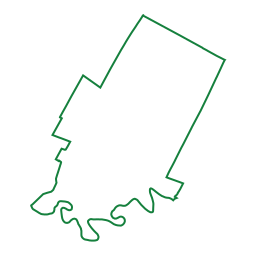 Ion Roata, Ialomita, Romania
{"feature_id": "2599482B97439944299156", "entity_name": "Ion Roata", "entity_type": "district", "adm_level": 2, "iso_a3": "ROU", "parent_name": "Romania", "parent_adm1": "Ialomita", "projection": "orthographic", "projection_center": [26.762, 44.681], "detail": "fine", "context": "isolated", "style": "outline", "palette": "green", "viewbox_px": 256, "rotation_deg": 0, "n_neighbors": 0, "source": "geoboundaries", "source_scale": "gbopen_adm2", "svg_char_len": 5355}
<svg xmlns="http://www.w3.org/2000/svg" viewBox="0 0 256 256"><path d="M173.2,200.3L173.6,199.8L175.0,198.6L176.6,198.0L174.8,196.8L175.5,195.7L176.0,195.5L176.8,194.8L177.8,193.3L177.8,192.8L178.3,192.1L178.6,191.8L179.3,190.6L180.3,188.9L183.1,183.4L182.1,183.0L178.9,181.8L176.9,181.1L175.0,180.4L171.9,179.3L168.3,178.0L166.5,177.3L168.7,172.5L170.3,169.4L171.5,167.2L173.3,163.8L175.1,160.3L175.1,160.2L181.3,147.8L183.3,144.1L191.6,127.8L191.6,127.7L200.2,111.5L200.3,111.4L208.4,94.7L216.4,77.6L216.5,77.5L220.6,68.7L223.2,63.0L224.7,60.0L224.8,59.9L222.9,59.0L221.0,58.0L220.2,57.6L216.8,55.9L212.3,53.4L210.8,52.6L209.6,51.9L208.1,51.1L206.8,50.3L205.3,49.5L202.8,48.2L202.5,47.8L190.4,41.2L179.3,35.1L179.1,35.0L161.3,25.4L143.1,15.6L143.1,15.4L142.8,15.5L142.3,16.5L140.0,20.1L137.5,23.7L135.8,26.4L134.2,28.8L132.7,31.0L131.5,32.8L128.1,38.2L125.9,41.8L125.1,43.2L123.4,46.1L121.1,49.9L112.8,64.6L110.0,69.6L107.8,73.7L104.0,80.7L100.9,86.5L100.3,87.6L83.1,75.4L71.3,96.4L66.0,106.2L62.9,111.7L59.9,117.2L59.9,117.3L61.8,118.3L52.6,134.8L52.5,135.0L59.3,137.6L60.8,138.1L62.1,138.6L66.1,140.1L70.2,141.7L68.2,145.4L67.0,147.5L66.0,149.1L65.8,149.5L65.0,149.8L61.6,148.7L61.1,149.6L55.8,159.3L58.8,161.1L59.1,160.6L60.0,161.2L61.0,162.0L61.1,162.4L60.9,163.1L60.7,163.8L60.6,164.2L60.3,164.9L60.0,166.0L57.9,172.6L57.0,175.3L56.1,178.3L56.0,178.8L56.1,180.2L56.4,182.3L56.5,182.7L56.4,183.0L56.0,183.9L55.6,184.8L53.6,189.0L53.5,189.5L53.1,190.0L51.9,191.1L51.6,191.4L51.2,191.7L47.2,192.8L43.8,193.9L43.2,194.1L32.7,204.2L31.2,205.4L31.3,206.0L32.4,208.4L33.1,209.2L37.4,211.8L39.1,212.9L41.2,214.0L42.2,214.2L43.2,214.3L44.1,214.4L44.9,214.5L45.6,214.4L46.1,214.5L46.7,214.4L47.3,214.4L47.9,214.3L49.2,213.9L49.8,213.7L50.3,213.6L50.8,213.6L51.3,213.5L52.1,213.3L52.5,213.0L53.2,212.5L53.5,212.1L54.0,211.5L54.1,210.9L54.4,209.7L54.4,209.2L54.4,208.6L54.5,208.0L54.6,207.8L54.9,207.4L55.1,207.1L55.3,206.9L55.8,206.5L56.2,206.3L56.8,205.7L57.1,205.3L57.4,204.9L57.7,204.1L57.9,203.5L58.1,202.8L58.3,202.5L58.6,202.1L58.9,201.8L59.2,201.6L59.5,201.4L59.8,201.3L60.6,201.2L61.2,201.2L62.2,201.3L63.4,201.4L64.7,201.5L65.8,201.7L66.7,201.9L67.6,202.1L68.2,202.3L68.9,202.8L69.6,203.3L70.1,203.8L71.3,205.0L71.7,205.7L71.9,206.4L72.0,207.0L72.0,207.5L71.9,208.1L71.7,208.9L71.6,209.3L71.3,209.5L70.9,209.8L70.6,210.0L70.2,210.1L69.6,210.2L69.2,210.2L68.8,210.1L68.6,210.1L68.1,209.9L67.6,209.7L67.1,209.5L66.2,208.8L65.7,208.6L64.9,208.2L64.1,207.9L63.3,207.8L63.1,207.8L62.8,207.8L62.3,208.1L61.9,208.4L61.6,208.7L61.4,209.2L61.2,209.8L61.2,210.4L61.4,212.5L61.6,214.2L61.9,216.5L62.3,218.5L62.6,219.3L62.9,220.0L63.2,220.6L63.7,221.2L64.2,221.8L64.6,222.2L65.1,222.5L66.0,222.8L66.9,222.9L67.4,222.9L68.2,222.6L68.6,222.5L69.0,222.3L69.3,222.1L69.6,221.8L70.0,221.4L70.8,220.5L71.3,220.1L72.4,219.3L72.9,219.0L73.2,218.9L73.7,218.8L74.2,218.7L74.6,218.7L74.9,218.8L75.3,218.9L75.6,219.0L76.3,219.4L76.4,219.5L77.2,220.9L77.5,221.6L78.1,223.2L78.3,224.0L79.3,225.5L79.6,226.1L79.9,226.6L80.3,227.2L80.7,228.1L80.9,228.4L81.0,228.8L81.1,229.3L81.1,229.8L81.2,230.1L81.3,230.4L81.4,230.7L81.4,234.9L81.5,235.8L81.5,236.0L81.7,236.3L81.9,236.9L82.3,237.5L82.8,238.1L83.4,238.6L83.9,239.0L84.5,239.3L85.1,239.5L87.9,240.0L89.4,240.4L90.6,240.5L91.6,240.6L92.4,240.6L93.8,240.6L95.1,240.5L95.6,240.4L96.7,240.1L97.2,239.9L97.8,239.3L98.2,238.5L98.4,237.8L98.5,237.2L98.5,236.7L98.4,236.3L98.0,235.3L97.6,234.4L97.3,234.1L97.0,233.7L96.0,232.8L94.1,230.9L92.0,228.5L90.2,226.2L89.2,224.7L88.7,223.8L88.4,223.2L88.2,222.7L88.0,221.7L88.0,221.2L88.1,220.9L88.3,220.6L89.2,219.8L89.8,219.4L90.4,219.2L91.1,219.1L92.6,219.3L93.3,219.4L95.0,219.4L97.2,219.3L99.8,219.4L101.9,219.4L105.5,220.0L106.8,220.3L108.1,220.7L108.8,221.0L110.5,221.9L112.0,222.9L113.3,223.8L113.9,224.2L114.7,224.5L115.5,224.8L116.0,225.0L117.8,225.4L120.8,225.6L121.2,225.5L121.7,225.3L122.2,225.0L122.8,224.6L123.3,224.2L123.8,223.5L124.2,223.0L124.4,222.6L124.5,222.3L124.8,221.5L124.8,221.1L124.8,220.5L124.8,220.0L124.7,219.6L124.4,219.0L124.3,218.6L123.5,217.7L122.7,217.1L122.3,216.9L121.6,216.7L120.9,216.6L120.0,216.7L119.0,217.2L117.9,217.8L116.4,218.5L115.3,218.6L114.8,218.6L113.5,218.0L112.8,217.6L112.3,216.8L111.8,216.1L111.6,215.5L111.3,214.8L111.3,214.2L111.4,213.3L111.7,212.5L112.0,211.8L112.3,211.3L113.9,210.0L114.3,209.4L114.7,208.8L115.1,208.1L115.9,207.2L116.9,206.4L117.4,206.1L118.5,205.6L119.1,205.4L119.8,205.3L120.6,205.3L121.3,205.4L122.5,205.7L123.4,205.8L124.4,205.8L125.3,205.7L126.0,205.4L127.1,204.7L127.9,204.1L128.5,203.6L130.2,201.8L131.5,200.6L132.3,199.9L133.0,199.4L133.6,199.1L134.2,198.9L134.5,198.8L134.9,198.8L135.1,198.9L136.3,199.4L137.0,199.8L137.7,200.4L138.5,201.5L139.1,202.2L141.2,204.8L142.5,206.1L144.5,208.1L145.2,208.8L146.0,209.4L148.1,211.0L149.0,211.5L149.7,211.9L150.3,212.2L151.4,212.3L152.2,212.2L152.5,212.1L152.8,211.8L152.9,211.7L153.1,211.0L153.2,209.1L153.2,208.4L153.4,204.0L153.3,202.9L153.1,202.0L152.8,200.7L152.2,198.5L151.9,197.5L151.4,196.3L150.4,193.6L150.1,192.7L150.0,192.0L149.9,191.0L149.9,189.9L150.0,189.2L150.1,188.9L150.3,188.7L150.7,188.4L150.9,188.4L151.3,188.5L151.8,188.7L152.5,189.1L154.5,190.6L155.8,191.7L159.1,194.2L161.9,196.0L163.2,196.5L164.5,197.1L165.3,197.4L166.8,197.7L168.0,197.8L169.0,197.9L170.6,198.5L172.0,199.3L173.2,200.3Z" fill="none" stroke="#15803d" stroke-width="2"/></svg>